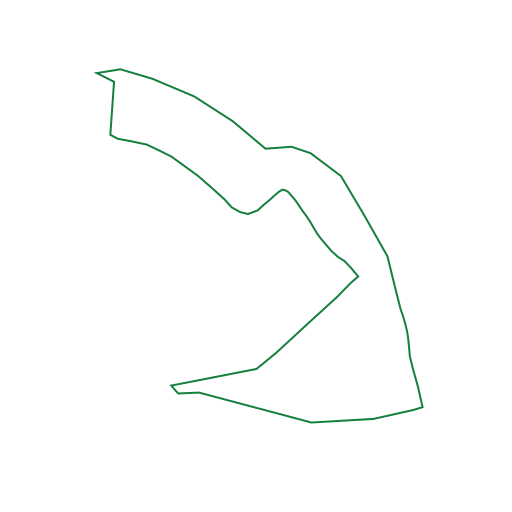 Marisule/Top Of The World, Gros Islet, Saint Lucia, rotated 193°
{"feature_id": "8701671B2050901299754", "entity_name": "Marisule/Top Of The World", "entity_type": "district", "adm_level": 2, "iso_a3": "LCA", "parent_name": "Saint Lucia", "parent_adm1": "Gros Islet", "projection": "natural_earth1", "projection_center": [-60.968, 14.044], "detail": "fine", "context": "isolated", "style": "outline", "palette": "green", "viewbox_px": 512, "rotation_deg": 193, "n_neighbors": 0, "source": "geoboundaries", "source_scale": "gbopen_adm2", "svg_char_len": 1043}
<svg xmlns="http://www.w3.org/2000/svg" viewBox="0 0 512 512"><g transform="rotate(193 256 256)"><path d="M300.7,104.6L280.8,110.1L164.6,106.2L104.9,123.7L68.4,141.2L59.7,146.2L68.6,164.7L78.1,182.1L83.5,192.8L86.6,202.3L89.4,210.5L91.1,214.8L92.5,217.9L95.1,223.2L98.8,229.7L103.4,237.2L111.0,251.9L119.7,269.1L127.8,285.2L159.6,319.9L191.2,353.0L226.0,368.5L246.0,370.4L270.9,362.7L309.0,382.1L352.2,397.6L397.0,405.4L430.2,407.4L452.3,398.4L433.5,393.8L425.2,341.3L417.0,339.1L404.4,339.7L387.5,340.0L372.6,336.7L361.0,333.9L345.1,327.2L330.3,320.9L311.1,310.6L299.4,304.1L290.6,297.9L281.2,295.2L273.3,295.1L264.6,300.8L260.3,307.2L256.3,312.3L252.5,317.8L248.4,323.4L245.4,326.5L242.9,326.7L239.5,325.9L236.3,323.7L230.5,319.4L226.2,315.5L220.2,309.9L215.9,306.3L210.6,301.2L205.0,295.2L200.9,291.1L196.3,287.2L190.1,282.6L183.3,277.6L175.6,273.4L169.1,271.2L161.0,266.0L151.8,259.0L157.4,251.4L168.3,233.6L189.1,203.5L214.4,166.4L230.1,146.1L309.4,110.7L302.9,105.9L300.7,104.6Z" fill="none" stroke="#15803d" stroke-width="2"/></g></svg>